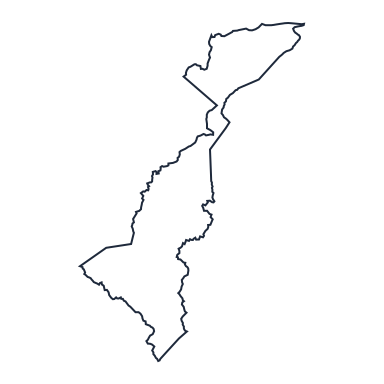 São Jerônimo, Rio Grande do Sul, Brazil
{"feature_id": "56859067B72938685256949", "entity_name": "São Jerônimo", "entity_type": "district", "adm_level": 2, "iso_a3": "BRA", "parent_name": "Brazil", "parent_adm1": "Rio Grande do Sul", "projection": "albers", "projection_center": [-51.898, -30.291], "detail": "fine", "context": "isolated", "style": "outline", "palette": "slate", "viewbox_px": 384, "rotation_deg": 0, "n_neighbors": 0, "source": "geoboundaries", "source_scale": "gbopen_adm2", "svg_char_len": 4462}
<svg xmlns="http://www.w3.org/2000/svg" viewBox="0 0 384 384"><path d="M281.1,55.4L282.4,54.3L283.6,53.0L286.4,51.2L289.5,50.3L290.6,49.7L292.4,48.6L293.1,46.5L294.6,45.2L295.9,43.1L297.2,42.0L298.0,40.7L299.0,39.8L299.8,38.6L300.0,36.9L299.1,35.3L297.9,34.6L296.6,33.5L295.2,32.6L294.0,31.0L293.1,28.7L294.6,27.2L296.3,26.8L298.1,26.4L299.8,26.1L301.7,25.8L303.7,25.1L304.0,23.8L301.8,24.2L291.0,23.2L288.2,23.0L284.7,23.2L282.8,23.5L279.9,23.9L276.1,24.5L273.8,24.9L271.3,25.2L269.8,25.2L268.4,25.2L266.7,25.2L265.5,25.2L263.6,24.5L262.0,23.9L258.6,27.4L256.9,28.4L255.6,29.2L252.3,30.3L251.1,30.3L249.1,30.2L246.1,28.6L238.7,30.1L237.3,30.6L233.0,30.9L232.1,32.1L230.7,32.8L229.7,33.4L224.4,36.2L221.4,36.0L220.7,34.6L218.7,33.8L215.2,35.1L214.5,37.0L212.2,37.1L211.4,35.3L209.0,41.8L209.2,44.0L210.4,46.1L211.7,47.1L210.9,50.2L209.6,52.1L209.0,54.7L210.0,57.6L209.1,59.5L207.6,63.5L207.6,65.7L206.7,68.8L204.3,69.7L202.5,68.8L200.9,68.9L200.4,66.0L197.0,65.3L195.8,64.2L194.4,64.3L190.4,66.8L188.7,67.4L186.7,70.4L185.9,73.0L186.1,74.7L183.6,76.6L216.9,105.4L211.7,110.1L209.6,110.7L207.8,112.4L206.8,114.7L206.8,117.4L206.3,119.0L207.0,123.9L207.0,128.3L210.4,130.1L213.2,132.3L213.1,134.8L210.3,134.4L209.0,134.8L206.0,135.4L204.8,134.4L203.5,134.0L200.5,135.6L197.7,136.4L196.9,137.9L196.5,139.7L195.2,142.5L190.5,146.0L188.8,146.5L185.3,148.8L180.8,150.9L179.5,152.1L179.8,154.4L179.1,156.7L177.6,157.9L177.8,160.0L176.6,161.5L173.0,162.9L168.4,163.5L168.4,165.4L167.0,166.1L163.6,166.7L162.1,166.1L160.5,167.2L160.7,168.8L160.4,170.4L158.4,171.2L158.7,173.5L156.5,173.9L156.5,172.2L155.6,171.1L152.8,171.9L153.0,174.4L152.0,176.1L152.5,177.5L152.2,179.5L152.1,181.5L151.1,182.4L149.8,182.4L147.2,183.4L147.8,184.8L149.1,186.2L148.0,187.0L148.6,189.0L148.2,190.3L146.5,190.0L144.7,191.7L143.2,191.4L140.9,193.1L143.3,195.9L142.1,198.5L143.5,199.9L142.0,202.8L141.8,204.3L141.1,207.4L141.0,209.2L139.2,210.9L136.0,211.9L136.6,213.4L133.1,219.0L133.9,222.4L132.5,223.5L132.3,224.9L131.7,226.4L132.7,228.6L133.3,231.5L133.9,232.8L132.7,237.5L131.1,244.0L118.0,246.0L106.2,247.8L80.0,266.2L82.5,267.1L82.7,268.6L83.8,269.3L84.5,271.0L85.1,272.5L84.3,274.0L85.5,274.8L87.6,276.9L89.3,277.5L90.7,278.2L91.5,279.4L92.8,280.8L93.8,282.1L95.6,282.9L97.3,283.6L99.0,284.7L99.9,283.1L101.6,282.4L101.9,284.5L103.7,285.7L104.2,287.9L104.7,290.1L106.9,289.9L108.6,292.3L109.2,295.1L111.3,297.9L112.9,299.2L114.3,299.0L116.1,297.4L117.1,298.4L118.7,298.5L120.8,297.4L121.3,298.9L122.9,298.9L123.8,300.7L125.5,301.4L128.6,305.6L129.8,306.3L130.8,307.2L135.5,312.2L138.6,312.2L140.5,313.7L142.1,316.2L142.5,318.5L143.4,320.7L145.6,321.4L145.8,324.2L147.4,324.8L149.9,325.7L150.8,326.8L152.5,327.6L153.6,328.9L154.1,331.2L152.7,334.2L150.1,335.6L148.8,337.8L147.9,339.7L146.4,341.1L147.8,343.6L150.3,343.8L152.0,344.5L154.3,346.5L152.2,350.5L153.4,352.4L153.4,354.2L154.7,355.6L155.9,357.9L157.1,358.8L158.2,361.0L159.6,360.4L160.3,358.9L167.2,351.3L179.0,338.4L186.9,331.5L185.2,330.8L184.2,329.4L183.8,328.0L183.9,326.6L182.7,324.6L182.9,323.0L181.6,320.7L181.2,318.8L182.7,316.5L186.5,312.7L184.9,311.4L184.3,309.5L183.7,306.8L181.9,304.5L182.3,302.4L183.9,301.2L182.9,300.4L182.4,298.3L180.5,296.0L179.4,294.2L178.3,293.1L179.5,291.9L181.1,289.4L181.6,286.6L182.8,284.0L182.1,282.3L181.8,280.0L183.3,278.1L184.4,276.4L187.7,274.8L188.4,270.5L188.2,268.4L187.3,267.0L186.0,266.2L184.9,264.4L185.3,262.8L183.5,262.5L180.5,259.5L178.1,259.1L177.9,257.3L176.7,257.0L177.3,254.8L179.4,253.1L179.4,250.9L178.6,248.7L180.6,247.7L182.0,246.4L183.0,243.1L184.6,244.1L185.5,241.9L186.1,240.0L189.0,240.9L190.0,239.2L191.3,239.9L192.9,240.0L193.6,238.8L195.3,237.7L196.1,239.6L199.0,239.5L200.1,236.4L203.0,237.3L204.0,235.8L203.4,234.2L205.4,230.9L207.6,228.9L208.3,226.9L208.1,225.0L210.4,224.8L211.9,221.1L212.7,219.3L210.6,217.1L211.5,214.6L209.5,213.9L207.1,210.8L204.0,210.8L203.2,207.8L202.2,205.9L203.1,204.4L205.4,205.4L207.8,202.4L207.3,200.9L209.9,200.7L212.1,202.2L213.5,202.4L214.4,201.3L213.0,199.2L212.4,197.5L212.7,195.6L213.5,193.0L212.3,191.8L212.4,189.5L211.9,187.9L212.6,186.6L211.8,184.6L211.9,182.5L211.2,181.1L211.0,175.1L210.0,149.5L225.7,128.2L229.5,122.3L227.2,119.8L225.9,118.6L224.0,117.3L222.9,115.0L221.5,113.4L222.1,109.5L223.6,107.5L223.8,106.0L224.6,104.5L224.4,102.8L225.9,101.4L226.3,98.9L227.9,97.7L229.9,94.9L232.9,93.1L235.6,90.2L237.2,89.8L238.3,88.3L258.8,79.5L279.3,56.8L281.1,55.4Z" fill="none" stroke="#1e293b" stroke-width="2"/></svg>